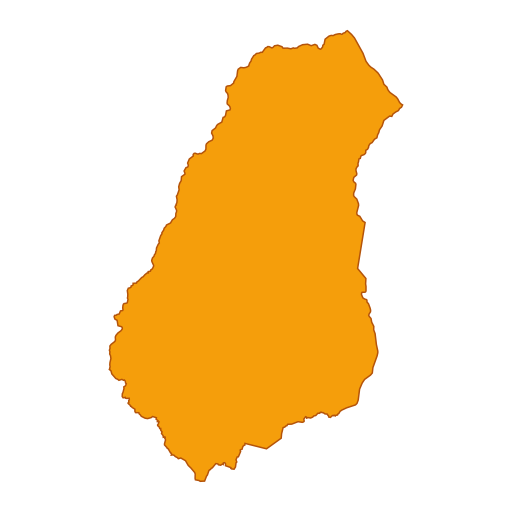 Guro, Manica, Mozambique
{"feature_id": "85939544B86319968156717", "entity_name": "Guro", "entity_type": "district", "adm_level": 2, "iso_a3": "MOZ", "parent_name": "Mozambique", "parent_adm1": "Manica", "projection": "natural_earth1", "projection_center": [33.489, -16.954], "detail": "fine", "context": "isolated", "style": "filled", "palette": "amber", "viewbox_px": 512, "rotation_deg": 0, "n_neighbors": 0, "source": "geoboundaries", "source_scale": "gbopen_adm2", "svg_char_len": 6049}
<svg xmlns="http://www.w3.org/2000/svg" viewBox="0 0 512 512"><path d="M200.2,481.3L204.6,481.1L206.5,476.2L207.4,475.0L208.9,470.6L209.7,469.7L210.4,469.6L211.3,468.3L212.3,467.9L215.8,463.6L217.9,463.9L218.4,464.8L220.7,465.2L222.6,464.0L223.2,464.4L223.4,462.9L224.7,462.7L225.5,463.7L225.5,465.7L230.9,467.6L230.8,468.3L231.5,468.9L234.1,469.2L235.5,466.9L236.0,462.9L236.8,462.0L236.0,459.8L237.2,456.9L238.4,456.8L240.6,451.5L240.2,450.8L240.4,449.7L242.0,449.3L242.9,446.4L244.1,445.3L244.8,445.1L245.0,443.4L266.5,448.8L281.2,438.2L281.6,433.7L283.1,427.6L284.9,427.0L285.8,426.0L286.9,425.7L287.7,424.3L291.8,424.1L298.0,421.7L302.3,422.3L303.6,421.9L304.2,421.1L303.8,419.1L305.6,416.7L306.5,417.1L306.7,418.1L308.1,417.6L310.6,418.0L312.7,417.1L313.7,416.0L315.8,415.5L317.8,413.3L319.3,413.3L319.9,412.6L320.6,412.7L321.0,412.1L322.5,412.7L323.1,412.6L325.0,413.9L327.2,414.1L327.7,415.1L328.4,415.5L328.7,417.0L330.4,417.4L332.5,415.5L333.6,415.7L334.1,415.2L335.2,416.0L335.8,415.3L337.5,415.0L337.7,414.2L338.8,413.5L340.1,411.3L342.0,410.0L346.7,407.8L355.5,404.9L357.0,403.4L358.2,400.1L359.6,389.1L362.2,383.0L364.6,379.4L370.5,375.1L372.3,373.0L372.9,367.6L377.1,355.9L377.8,352.8L377.8,351.1L376.4,344.6L375.1,333.7L373.7,329.8L373.8,326.4L371.7,322.2L371.0,318.5L369.3,316.5L368.7,315.3L369.1,314.0L370.5,311.8L370.6,310.2L370.1,308.1L368.5,303.8L367.0,302.0L366.9,300.1L366.5,299.6L364.8,299.1L362.9,297.9L361.5,294.6L361.6,293.0L362.1,292.3L365.0,292.2L365.6,291.8L366.0,290.9L366.0,286.5L365.6,283.9L365.9,278.5L357.6,268.5L365.1,222.5L362.6,220.9L359.8,216.3L357.5,215.2L356.9,214.2L356.8,212.5L358.6,205.5L358.5,203.8L356.8,199.1L354.2,196.6L353.6,195.4L353.7,193.0L355.4,188.9L355.9,184.5L355.6,183.3L353.8,181.8L353.1,180.4L353.8,177.4L356.6,175.0L356.8,173.7L356.0,170.6L356.0,168.8L357.2,166.7L358.1,165.9L358.0,163.2L358.5,161.9L358.9,159.2L359.1,158.8L360.3,158.4L360.8,156.3L361.5,155.5L363.9,154.7L365.2,153.6L365.7,152.7L365.8,150.3L367.5,149.3L368.5,147.5L368.8,145.6L370.2,143.6L372.1,142.6L374.5,139.2L376.9,137.8L377.6,134.8L378.7,132.8L379.5,129.8L382.1,126.0L383.9,120.4L389.6,116.1L391.8,116.4L393.0,114.0L395.7,112.0L398.4,110.6L399.6,108.5L401.5,107.2L402.6,104.9L401.2,104.1L399.6,102.5L397.7,98.9L396.2,97.0L390.1,92.6L389.2,91.6L387.8,89.6L386.9,87.1L383.9,84.3L382.5,79.9L378.1,73.1L374.0,69.2L370.8,67.1L368.9,65.3L366.0,61.3L363.0,53.3L354.5,38.0L351.5,34.4L347.4,30.7L346.1,31.3L345.1,32.6L343.2,33.2L342.2,34.2L341.6,34.3L340.1,33.7L338.1,33.9L335.3,34.5L333.1,35.6L331.2,35.4L329.0,36.1L325.1,39.2L324.1,44.2L322.9,45.2L322.5,47.2L320.8,49.1L320.2,49.2L318.2,48.1L316.9,45.3L314.9,44.4L311.2,45.7L307.6,44.2L302.6,44.7L298.6,46.5L297.2,47.9L294.6,48.3L293.3,47.9L290.9,48.8L287.4,48.1L283.1,48.2L282.0,46.7L277.8,45.2L274.5,45.8L273.0,47.4L271.9,47.9L269.0,46.6L267.6,46.6L266.7,47.5L265.5,47.9L262.3,52.3L260.7,52.3L259.2,53.1L256.4,53.5L254.8,55.1L253.8,55.6L251.5,59.2L251.1,60.9L249.6,63.1L248.6,66.1L246.2,67.3L243.8,67.8L240.7,67.4L238.2,69.2L237.6,70.7L236.9,76.4L233.9,81.6L233.6,83.1L230.5,85.6L227.4,86.0L226.3,86.6L226.1,87.3L225.6,90.5L226.0,91.7L227.6,93.6L228.1,95.6L228.2,97.6L227.3,100.6L227.1,103.0L227.3,104.0L229.2,105.7L229.9,106.8L230.4,108.5L230.0,109.9L226.4,110.9L225.5,115.5L224.6,116.9L223.1,117.4L221.8,122.1L217.7,124.4L216.7,125.5L215.5,128.0L212.1,130.6L211.6,133.1L213.0,135.9L213.2,138.2L212.1,140.2L208.8,141.7L206.5,143.8L206.0,145.1L205.9,149.2L205.0,151.0L201.4,153.6L199.7,153.4L198.4,154.0L197.4,154.0L195.1,153.2L194.1,153.4L193.2,154.4L193.2,156.6L193.0,156.2L189.3,159.0L187.6,163.1L188.3,165.1L188.1,166.3L187.6,167.1L186.0,167.6L184.1,171.0L184.9,173.1L184.9,174.2L181.5,176.7L181.2,180.6L179.6,183.4L178.7,186.8L179.1,189.8L177.3,195.0L176.4,196.2L177.1,199.8L176.9,202.6L176.0,204.6L176.3,205.0L175.4,206.0L175.1,207.0L176.6,210.3L176.5,211.9L175.9,213.3L175.7,216.6L174.5,218.3L172.4,219.8L170.5,223.0L166.5,225.0L165.8,226.6L164.2,228.2L163.7,230.0L161.9,232.7L161.9,233.9L160.7,235.6L158.9,240.8L159.3,243.0L158.2,244.3L156.5,248.0L156.3,250.7L155.7,251.8L155.5,253.4L154.4,254.8L154.0,256.3L152.5,257.9L151.8,260.0L151.7,260.8L152.2,262.3L153.6,265.3L153.6,266.1L152.8,268.0L151.9,269.3L150.9,269.8L150.4,271.2L148.2,271.6L148.3,272.9L147.2,272.9L145.0,274.6L143.1,276.8L141.7,277.5L138.2,281.2L137.1,281.7L136.5,283.1L133.1,283.3L133.2,284.3L132.7,285.3L131.1,286.0L131.1,287.0L129.8,287.9L128.3,288.2L127.3,290.6L127.8,294.2L127.7,297.0L127.4,298.0L128.0,299.3L127.3,302.6L126.8,303.1L124.0,303.6L123.4,304.2L123.0,305.3L122.7,308.0L123.0,309.3L122.7,310.5L120.5,310.9L119.2,314.0L117.0,314.5L116.3,315.2L114.6,315.4L114.1,316.7L114.9,319.1L117.1,320.3L118.0,325.7L121.5,326.7L122.2,327.5L122.3,329.0L120.9,330.8L117.9,333.0L116.0,335.3L115.3,337.0L115.5,339.9L114.9,341.4L111.1,344.4L109.9,346.0L110.0,348.4L109.4,350.2L109.9,351.8L109.7,354.0L110.5,355.7L110.9,358.6L110.0,362.4L109.8,364.8L110.1,366.9L109.6,368.4L109.8,369.1L109.4,369.5L111.0,370.9L111.8,373.9L115.8,378.5L117.7,379.3L118.9,380.3L121.9,379.4L123.6,380.3L124.4,380.0L125.3,381.2L125.6,383.1L126.3,383.7L125.5,385.8L123.8,386.9L124.0,388.4L123.0,392.4L122.3,393.8L122.2,396.5L123.1,397.8L125.3,397.4L125.4,398.1L126.2,398.4L129.2,398.3L129.3,399.7L128.7,400.6L128.8,402.6L128.1,402.9L128.1,403.4L130.3,405.4L130.6,406.3L131.1,406.3L132.2,407.5L134.9,409.2L134.9,411.3L135.5,412.6L138.8,412.7L139.2,413.9L140.2,414.7L141.3,416.3L145.1,418.2L147.6,418.6L151.2,417.6L152.6,416.5L156.4,417.7L156.1,419.2L158.0,420.7L157.4,421.6L159.0,421.9L158.3,424.0L157.6,424.9L157.7,425.7L159.0,426.7L159.8,428.6L160.7,428.5L160.8,430.3L162.0,431.9L161.5,433.5L163.1,435.6L163.3,437.3L164.8,436.9L165.2,437.2L164.8,438.3L165.3,439.0L165.5,440.0L164.5,443.8L164.5,444.9L167.0,447.7L167.2,448.3L168.2,448.8L170.6,453.0L171.4,453.3L171.6,454.3L171.3,455.1L172.8,454.9L174.1,455.3L175.2,456.5L177.5,457.7L178.3,458.7L180.8,458.0L185.5,460.7L188.2,465.4L190.9,468.0L194.6,472.4L195.2,473.9L195.1,478.3L195.4,479.8L199.0,480.5L200.2,481.3Z" fill="#f59e0b" stroke="#b45309" stroke-width="1.5"/></svg>